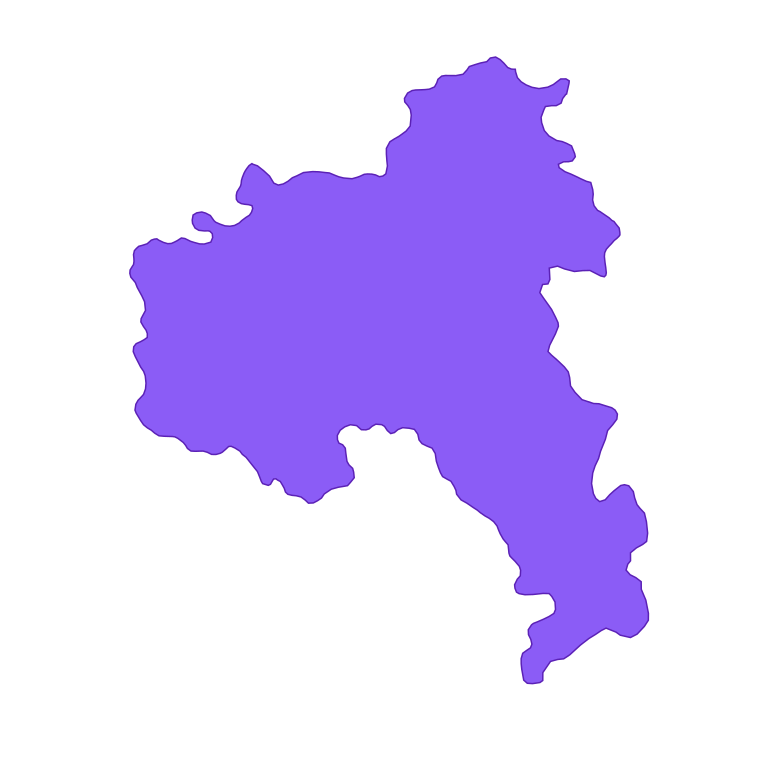 outline of Chashniki, Vitebsk, Belarus, rotated 264°
{"feature_id": "67162791B63587233546026", "entity_name": "Chashniki", "entity_type": "district", "adm_level": 2, "iso_a3": "BLR", "parent_name": "Belarus", "parent_adm1": "Vitebsk", "projection": "mercator", "projection_center": [29.143, 54.768], "detail": "fine", "context": "isolated", "style": "filled", "palette": "violet", "viewbox_px": 768, "rotation_deg": 264, "n_neighbors": 0, "source": "geoboundaries", "source_scale": "gbopen_adm2", "svg_char_len": 6133}
<svg xmlns="http://www.w3.org/2000/svg" viewBox="0 0 768 768"><g transform="rotate(264 384 384)"><path d="M384.4,133.7L384.1,133.6L380.9,134.5L373.0,138.2L368.6,140.6L365.1,144.1L362.3,147.8L359.1,150.8L356.0,154.8L355.0,160.0L354.4,164.3L353.9,168.0L353.3,170.5L351.5,173.3L346.8,178.3L343.7,180.3L340.4,181.8L337.5,185.0L336.8,189.4L336.5,193.7L336.2,197.1L334.6,201.1L332.0,205.2L331.5,209.6L332.2,213.9L333.1,216.1L335.6,219.7L338.1,223.0L338.0,225.5L335.9,229.1L332.3,233.7L328.9,235.7L325.5,239.2L319.8,242.8L315.1,245.8L310.1,249.0L304.9,250.5L300.0,251.8L297.6,252.9L295.3,258.3L296.1,260.6L298.6,262.4L301.0,264.2L301.0,266.6L299.6,268.1L297.9,270.7L294.2,272.4L290.7,273.9L286.9,274.7L284.4,276.8L282.9,280.8L282.0,285.1L280.3,289.7L276.8,293.5L273.4,296.4L273.1,301.3L274.8,305.6L277.1,309.9L280.9,313.1L282.6,316.3L284.9,320.6L286.1,327.8L286.4,333.0L286.7,337.1L289.5,340.2L293.9,344.6L299.6,344.6L303.4,344.0L307.1,340.8L310.9,339.1L319.3,338.8L324.2,338.8L327.9,336.5L329.9,333.0L333.4,331.9L337.7,332.2L342.6,335.6L345.5,340.5L347.0,346.3L345.5,352.4L340.9,356.7L340.3,361.3L340.9,364.5L343.2,367.7L344.9,371.7L343.8,377.5L341.8,380.1L337.4,382.4L334.0,385.5L334.6,389.3L337.2,393.1L338.6,398.0L337.4,404.3L335.7,409.5L330.5,412.4L324.7,413.0L320.7,415.6L317.8,420.2L315.2,425.1L309.5,427.7L301.7,428.0L295.3,429.4L289.8,430.9L285.8,432.6L282.9,436.6L280.3,440.4L274.8,443.0L270.8,444.4L266.8,444.7L260.7,448.5L256.9,453.9L251.7,460.0L248.9,463.5L246.0,466.3L242.2,470.7L239.6,474.4L235.6,478.7L231.0,481.6L226.4,482.8L222.9,483.9L217.4,486.3L214.8,488.0L211.1,490.6L206.7,490.6L202.7,490.6L199.8,491.2L197.2,493.2L194.0,495.8L188.6,499.5L184.5,500.4L179.0,499.5L175.9,496.1L170.7,492.9L167.2,492.9L163.2,494.0L161.4,496.4L159.7,502.1L159.1,510.2L159.1,515.7L159.1,520.3L158.3,526.4L155.1,528.7L149.3,531.3L141.8,531.0L138.1,529.0L135.5,523.8L133.4,518.0L131.4,511.6L130.3,507.6L129.1,505.6L124.5,501.8L119.6,501.5L114.7,503.3L109.8,503.9L106.3,502.1L104.0,497.8L101.7,493.8L96.5,491.7L91.3,491.2L85.8,491.2L74.9,492.0L71.4,495.2L70.5,500.4L70.8,507.9L72.5,510.9L80.4,511.8L85.8,516.4L90.7,520.6L91.9,527.9L91.9,534.0L95.3,540.5L103.8,552.0L109.5,561.2L113.0,568.5L116.1,574.3L118.0,579.3L113.0,588.8L109.5,592.7L106.1,602.6L108.8,609.6L115.7,617.6L121.4,622.2L128.3,623.0L141.7,621.8L152.9,618.4L160.5,619.1L165.1,614.2L168.6,608.8L173.6,605.3L179.3,607.6L182.4,610.7L190.4,611.5L194.7,618.0L197.4,624.5L200.0,628.7L208.1,630.6L219.6,630.6L228.4,629.5L233.4,625.7L237.6,623.0L242.4,621.9L244.5,621.4L251.0,620.7L257.2,616.8L258.7,612.6L258.3,608.8L253.7,601.5L250.3,596.9L245.7,591.9L244.5,586.2L248.0,582.7L253.0,580.8L263.3,580.0L273.7,582.3L280.6,585.4L287.5,589.6L294.4,592.3L305.9,598.4L314.3,601.5L319.7,607.3L324.7,611.9L329.7,613.0L333.9,611.1L336.6,608.0L339.2,601.9L341.9,595.7L342.7,590.4L347.7,579.3L355.7,573.1L362.6,569.3L371.1,569.3L376.8,568.5L382.2,565.1L389.5,558.9L395.2,553.6L399.1,550.5L405.2,552.8L415.9,559.7L423.2,563.5L426.7,563.5L432.4,561.6L440.5,558.5L445.9,555.5L452.8,551.6L458.6,548.5L466.4,552.1L466.4,557.5L470.6,559.9L482.0,560.5L483.1,568.9L479.6,575.5L476.0,585.1L476.0,593.5L475.4,600.7L468.8,610.8L467.6,614.3L469.0,616.0L471.3,616.7L476.9,616.7L481.6,616.5L487.7,616.5L491.4,617.2L494.8,619.2L497.3,621.9L499.7,624.8L502.7,628.0L504.4,630.7L506.4,633.2L507.6,634.2L510.0,634.4L514.5,634.2L519.1,631.2L521.6,629.7L522.8,627.8L525.7,625.3L532.9,616.8L534.4,614.5L539.4,611.5L545.2,610.7L550.9,611.9L555.5,611.9L562.8,610.7L564.4,606.5L567.8,600.7L569.3,598.4L573.2,591.9L576.2,586.2L580.8,580.8L584.3,580.4L586.2,585.8L585.8,590.8L586.2,594.6L590.0,598.0L593.1,597.7L601.2,595.4L604.2,590.8L606.5,586.5L608.1,581.2L613.4,574.0L619.3,569.9L627.4,568.1L632.8,568.1L639.9,571.6L643.1,573.5L643.3,579.9L642.8,584.3L644.8,589.5L649.2,591.5L653.1,595.1L653.3,595.9L663.6,599.4L666.1,599.9L668.4,596.9L668.9,591.6L664.1,583.7L662.1,577.9L661.6,569.0L663.6,562.2L666.6,556.6L670.2,552.0L674.7,548.7L680.8,547.5L683.3,547.5L683.8,543.8L685.8,540.1L690.6,536.7L694.5,533.4L697.5,529.2L697.1,523.8L693.8,519.9L693.2,513.7L692.1,507.9L690.8,502.0L687.7,499.4L683.8,495.0L683.2,487.8L683.8,482.4L684.4,477.3L684.2,473.6L681.4,469.5L677.9,467.9L674.2,465.3L672.5,459.9L672.5,455.8L672.7,452.0L673.1,446.2L672.9,442.6L670.9,437.9L665.9,434.2L662.4,434.1L658.5,436.8L654.2,438.9L648.5,439.2L642.2,437.9L637.8,437.0L633.2,432.4L628.8,424.8L626.7,420.0L624.3,415.2L618.1,411.0L612.3,410.4L605.7,410.2L600.5,410.2L592.8,407.8L590.9,404.5L590.7,401.0L592.8,397.5L594.0,393.8L594.6,389.7L594.6,386.2L593.1,381.8L592.4,379.0L591.5,373.7L593.1,365.4L594.8,360.7L596.4,357.6L599.6,351.7L600.5,347.3L601.8,341.5L602.7,335.3L602.7,329.9L602.7,326.0L600.1,319.0L598.7,314.4L595.7,309.8L593.5,304.8L592.9,299.6L595.3,295.4L602.7,291.9L608.6,286.7L614.2,281.0L616.4,276.3L617.0,275.7L616.6,274.9L615.3,272.6L613.0,270.4L610.9,268.6L608.4,266.9L604.4,264.8L601.3,263.5L597.9,262.8L595.7,261.9L592.7,259.6L590.3,257.8L587.1,256.8L583.1,256.5L580.5,257.8L578.3,260.9L577.3,264.3L576.5,268.1L575.2,271.3L572.3,271.8L568.7,270.2L565.9,267.8L564.2,264.3L562.6,261.6L561.4,259.6L559.3,256.9L558.8,255.7L557.3,251.9L557.0,247.3L557.9,242.4L560.2,237.5L562.5,233.5L564.2,232.0L569.7,228.9L572.6,224.5L574.1,220.8L573.8,215.6L572.0,211.8L567.1,210.4L563.7,210.4L558.8,212.4L556.2,215.9L555.0,221.4L554.7,225.1L554.1,226.8L551.5,228.9L547.5,228.9L543.2,226.6L542.0,219.9L542.6,215.3L544.6,210.1L546.1,206.6L549.5,201.2L550.4,197.7L548.2,193.4L547.0,190.3L546.0,187.2L546.2,183.5L547.9,179.4L550.6,175.0L552.1,173.3L552.1,170.7L551.4,167.6L548.2,163.1L547.1,157.8L546.6,154.5L544.7,151.9L542.7,149.7L538.8,148.4L535.3,148.4L532.2,148.2L529.0,147.4L526.8,145.6L523.9,143.4L520.5,142.8L516.7,143.4L514.8,144.7L510.9,147.3L505.8,148.7L501.7,150.4L496.9,152.4L490.8,154.5L482.1,154.5L477.1,151.1L474.4,149.3L471.1,148.7L466.3,150.8L462.4,153.0L458.9,153.9L455.0,153.4L453.0,149.8L451.5,146.2L450.0,141.7L447.2,139.0L442.4,138.0L437.3,139.5L426.2,143.8L421.6,146.3L417.1,147.4L409.7,147.4L404.0,146.3L398.8,143.8L395.5,140.1L393.5,137.7L389.8,135.1L384.4,133.7Z" fill="#8b5cf6" stroke="#5b21b6" stroke-width="1.5"/></g></svg>